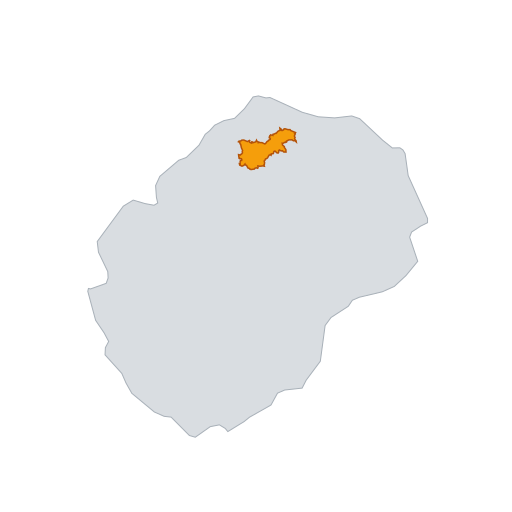 Kratovo, Rankovce, North Macedonia (highlighted), rotated 332°
{"feature_id": "65306769B16547433729319", "entity_name": "Kratovo", "entity_type": "district", "adm_level": 2, "iso_a3": "MKD", "parent_name": "North Macedonia", "parent_adm1": "Rankovce", "projection": "mercator", "projection_center": [22.15, 42.098], "detail": "fine", "context": "in_parent", "style": "filled", "palette": "amber", "viewbox_px": 512, "rotation_deg": 332, "n_neighbors": 0, "source": "geoboundaries", "source_scale": "gbopen_adm2", "svg_char_len": 3004}
<svg xmlns="http://www.w3.org/2000/svg" viewBox="0 0 512 512"><g transform="rotate(332 256 256)"><path d="M232.9,135.2L240.7,136.3L257.7,131.4L268.3,124.7L273.7,123.7L280.9,121.1L291.2,121.4L301.7,124.4L315.0,120.5L328.1,114.2L333.3,115.8L339.0,121.1L342.7,122.6L364.4,150.9L376.3,162.3L390.3,171.0L406.3,177.3L412.0,183.4L422.2,213.3L427.1,224.6L433.8,228.0L435.5,231.3L435.7,235.6L428.1,256.5L425.1,303.4L423.1,307.1L415.2,306.9L404.6,307.9L400.5,311.5L396.3,336.6L379.2,343.7L363.8,347.8L350.7,346.9L327.8,340.9L320.3,340.3L313.9,343.7L293.4,345.5L284.4,349.8L263.4,379.1L242.0,389.2L234.7,394.3L218.4,387.8L210.6,387.2L199.3,394.6L174.5,395.3L167.8,396.6L148.7,397.8L147.9,393.8L144.4,387.9L135.5,385.2L117.3,387.5L112.9,383.2L105.4,358.4L99.6,354.4L93.0,346.0L81.9,319.0L81.6,307.1L82.4,296.7L76.3,272.4L80.0,266.2L85.8,262.3L85.8,252.5L84.2,237.5L90.9,208.2L92.8,206.0L94.5,207.4L110.9,209.8L115.1,206.0L117.8,200.2L118.7,178.7L122.6,168.7L162.2,149.7L173.8,149.0L182.7,157.7L189.8,163.3L194.1,163.1L195.6,157.5L200.4,146.7L208.5,140.5L232.6,135.2L232.9,135.2Z" fill="#d9dde1" stroke="#a8b0b8" stroke-width="1"/><path d="M299.2,179.1L300.0,177.3L301.4,178.5L304.4,179.7L305.5,180.6L305.7,179.3L306.2,179.3L307.5,177.5L307.5,176.6L308.2,175.7L308.7,175.8L310.0,174.7L310.9,175.0L312.2,174.8L314.9,173.1L315.9,173.4L316.3,173.1L316.6,174.1L317.8,173.1L319.4,173.7L320.9,172.1L321.9,172.2L322.3,172.7L322.7,174.5L323.8,175.5L325.0,174.8L325.5,173.6L326.4,173.3L327.6,175.1L328.7,175.4L329.3,177.2L331.3,178.3L332.3,176.1L332.0,173.4L332.4,172.7L331.5,170.5L332.1,168.8L332.5,169.2L334.1,169.1L334.9,169.5L335.4,169.1L336.1,169.7L336.7,169.6L336.9,168.9L339.5,168.9L342.3,170.3L343.1,171.8L344.5,172.5L345.1,174.2L345.5,173.0L345.1,171.2L345.3,170.2L346.1,169.8L346.2,168.1L347.7,166.8L347.6,166.4L348.0,166.5L348.1,166.1L348.9,165.6L345.6,161.6L345.4,160.4L343.5,159.4L341.5,157.4L340.5,156.9L339.5,157.6L338.9,157.3L338.3,157.6L337.3,157.0L337.8,155.8L337.1,154.3L336.4,156.2L333.8,156.2L331.4,157.2L330.9,156.8L329.4,156.9L328.3,156.5L327.5,157.4L327.2,156.8L325.9,156.3L325.7,156.0L325.3,156.6L324.6,156.3L323.4,157.4L323.2,157.9L323.9,158.8L323.3,159.7L321.3,159.7L320.9,160.1L319.5,160.1L317.2,161.2L316.4,161.2L314.5,158.7L312.7,157.7L312.2,157.0L311.2,157.0L311.5,156.2L310.7,155.3L310.8,154.0L309.3,155.1L306.3,154.5L306.5,153.7L305.9,153.2L304.9,154.1L303.7,152.5L304.1,151.5L304.6,151.3L304.5,150.9L302.1,150.9L299.7,147.9L297.8,147.0L296.8,147.3L294.8,146.6L294.1,146.9L295.0,148.0L294.6,149.6L294.9,150.2L293.9,153.6L293.7,156.6L292.8,157.4L292.5,158.6L290.9,159.3L290.2,159.1L289.6,159.5L288.2,158.3L287.3,160.6L287.5,161.8L287.0,161.8L287.1,162.3L288.8,163.3L288.7,164.3L288.2,164.9L287.0,164.5L286.1,165.5L285.1,167.7L284.6,167.0L284.3,168.1L285.8,170.1L287.8,170.3L289.5,169.6L289.4,170.7L290.2,171.5L290.2,174.5L291.2,175.5L291.3,176.4L291.8,176.6L292.1,177.3L295.5,178.5L296.3,178.0L297.7,178.3L298.6,179.3L299.2,179.1Z" fill="#f59e0b" stroke="#b45309" stroke-width="1.5"/></g></svg>